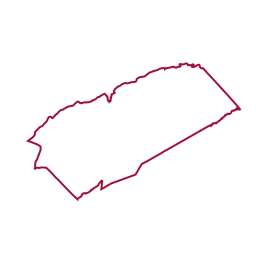 outline of Balaka, Balaka, Malawi, rotated 229°
{"feature_id": "42251766B20450933672567", "entity_name": "Balaka", "entity_type": "district", "adm_level": 2, "iso_a3": "MWI", "parent_name": "Malawi", "parent_adm1": "Balaka", "projection": "equal_earth", "projection_center": [35.125, -15.031], "detail": "fine", "context": "isolated", "style": "outline", "palette": "rose", "viewbox_px": 256, "rotation_deg": 229, "n_neighbors": 0, "source": "geoboundaries", "source_scale": "gbopen_adm2", "svg_char_len": 5819}
<svg xmlns="http://www.w3.org/2000/svg" viewBox="0 0 256 256"><g transform="rotate(229 128 128)"><path d="M183.8,44.0L182.2,45.0L181.0,45.6L180.4,46.0L178.9,46.7L177.8,47.4L176.9,47.8L176.2,48.2L175.5,48.6L174.8,48.8L174.1,49.1L172.1,49.7L171.6,49.7L171.1,49.6L170.7,49.3L170.3,48.9L169.6,48.4L168.8,47.7L165.4,41.4L163.6,38.0L163.6,37.2L163.0,36.1L162.3,35.1L161.5,34.0L161.1,33.8L160.5,33.2L159.5,32.6L159.2,32.2L158.9,31.5L158.5,31.0L158.2,31.1L158.1,32.0L158.1,32.3L158.0,32.6L157.5,33.5L156.9,34.2L156.2,34.6L155.9,35.1L155.5,35.8L154.9,36.9L154.1,38.0L152.9,39.0L151.6,40.3L145.3,40.8L138.0,41.0L135.3,41.3L128.8,41.6L121.1,42.0L120.1,42.0L115.1,42.3L107.4,43.1L107.5,43.2L107.7,43.4L107.5,44.0L107.6,44.3L107.6,45.2L107.5,45.4L107.2,46.3L107.2,46.9L107.0,47.4L107.1,47.7L107.1,48.0L107.4,48.8L107.6,48.9L108.0,49.3L108.1,49.9L108.0,50.1L108.0,50.4L108.0,51.0L107.8,51.7L107.3,52.6L106.9,52.8L106.4,52.9L106.2,53.5L106.0,54.0L105.8,54.5L105.4,55.6L105.2,56.1L105.2,57.4L105.1,58.6L105.0,59.2L105.1,59.7L105.5,59.9L105.3,60.3L105.1,60.7L104.9,61.2L104.9,61.9L104.9,62.6L105.0,62.8L105.0,63.5L104.6,64.4L104.6,65.0L104.2,66.8L104.2,67.3L104.3,67.8L104.7,68.8L105.1,70.0L105.6,73.4L104.9,73.8L101.5,70.1L99.3,67.8L99.0,69.4L98.5,70.9L98.5,71.8L97.9,75.1L97.2,78.8L93.7,87.9L91.0,95.0L89.2,99.6L87.9,103.1L91.8,114.8L90.2,121.4L88.6,129.8L87.1,137.0L87.0,138.3L84.6,149.9L78.2,182.0L76.7,189.5L76.5,190.6L76.2,191.5L75.5,191.7L75.3,191.8L75.1,192.4L75.1,192.7L75.1,193.0L75.4,193.1L75.6,193.1L75.8,193.2L75.7,193.4L75.5,193.6L75.3,193.9L75.4,194.2L75.7,194.6L75.8,194.9L75.8,195.2L75.6,195.4L74.6,196.4L74.6,196.7L74.7,196.9L74.6,197.2L74.1,197.2L73.7,197.6L73.7,197.9L73.7,198.2L73.9,199.7L73.8,200.3L73.5,201.5L73.4,202.1L73.5,202.7L73.7,203.3L73.7,203.6L73.3,204.4L73.3,204.7L73.4,204.9L73.8,205.4L73.9,205.6L73.8,205.9L73.5,206.5L73.5,206.8L73.5,207.7L73.7,208.7L73.9,209.2L74.0,209.5L74.0,209.8L73.4,210.0L73.4,210.3L73.5,211.6L73.4,212.5L73.3,212.8L73.1,213.0L72.9,213.1L72.7,213.1L72.4,213.1L72.3,213.3L72.0,213.9L71.8,214.8L71.8,215.1L71.9,215.7L72.5,217.1L72.7,218.0L72.6,218.3L72.5,218.5L72.0,218.8L71.8,218.9L71.7,219.2L71.5,219.4L71.5,219.7L71.6,220.4L71.5,220.6L71.1,221.0L70.9,221.3L70.9,221.6L71.5,222.6L71.6,222.9L71.3,223.4L71.1,223.6L70.5,223.1L70.3,223.1L69.8,223.2L69.4,223.5L68.7,224.4L67.9,224.8L75.9,225.0L86.3,224.8L88.7,224.8L93.9,224.6L111.9,224.2L115.5,224.0L124.0,223.8L124.2,223.6L124.2,223.3L124.5,222.9L125.1,222.4L125.6,222.3L126.6,222.3L127.1,222.4L128.2,223.1L128.8,223.2L129.3,223.0L129.7,222.2L130.0,221.4L130.2,219.7L130.6,218.5L131.1,217.4L131.6,216.7L132.0,216.5L132.3,216.5L132.5,216.7L132.6,217.3L132.3,218.1L132.3,218.5L132.3,218.8L132.5,219.0L133.2,219.0L133.4,218.8L133.7,218.1L133.8,217.8L133.8,217.2L133.9,216.7L134.2,216.3L134.7,216.0L135.2,215.9L135.4,215.7L135.8,214.9L135.9,214.6L136.1,214.4L136.6,214.5L137.0,214.7L137.5,214.8L138.0,214.8L138.4,214.5L138.5,214.3L138.8,213.7L139.1,213.2L139.3,212.3L139.6,211.7L140.0,211.0L140.4,210.5L141.0,210.2L141.3,210.1L142.0,209.3L142.2,209.0L142.2,208.7L141.9,208.4L141.7,208.4L140.7,208.5L140.5,208.3L140.3,208.1L140.2,207.8L140.2,207.5L140.5,207.0L141.6,205.3L141.8,204.2L142.0,203.8L142.4,203.4L143.2,203.1L143.7,203.0L144.1,202.8L144.5,202.4L144.8,201.9L145.7,200.3L146.7,198.1L147.1,197.7L147.4,197.0L147.6,196.4L147.9,196.1L148.1,195.8L148.3,195.3L148.3,194.8L148.8,195.3L150.2,193.7L151.1,192.4L151.5,191.6L151.8,190.8L152.5,188.2L153.1,186.7L153.7,185.7L153.9,185.5L154.7,183.0L154.9,182.4L155.2,181.9L155.7,180.4L155.8,179.3L155.9,178.4L155.9,175.2L156.0,174.6L156.2,174.1L156.4,173.5L157.0,172.9L157.6,172.0L158.2,171.0L158.7,169.9L158.9,169.3L159.2,167.4L159.2,167.0L159.0,166.4L158.7,166.0L158.4,165.7L158.1,165.0L158.0,164.4L158.2,163.8L158.3,163.5L158.5,163.0L159.5,161.9L160.4,160.3L161.1,158.9L161.4,158.1L161.7,157.5L162.0,157.0L162.5,156.4L163.2,155.9L163.8,155.4L164.2,154.6L164.6,153.2L165.0,152.0L165.2,148.9L165.5,148.4L165.8,147.5L166.0,146.5L165.8,146.0L165.9,145.1L165.9,143.8L165.7,143.3L165.5,142.1L165.2,141.6L164.7,141.2L164.3,141.0L164.0,140.9L163.3,141.1L163.2,140.9L163.7,139.2L164.2,137.9L163.7,137.3L163.7,137.0L163.5,136.9L163.2,136.9L162.9,136.4L162.4,135.7L162.4,135.4L162.5,135.1L162.4,134.8L161.9,134.9L161.7,134.7L161.4,134.2L160.8,133.5L160.8,132.9L160.6,132.9L160.3,133.0L159.9,132.7L160.0,130.9L160.3,130.9L161.0,131.1L161.5,131.0L162.5,131.1L163.1,131.7L164.2,132.2L164.8,132.6L165.0,132.6L165.2,132.8L165.2,133.1L165.5,133.2L166.2,132.9L166.6,133.0L167.8,132.8L168.8,132.8L169.0,132.9L169.3,132.3L169.8,130.7L170.2,128.8L170.2,128.5L170.2,127.3L170.2,126.9L170.3,126.7L170.8,126.0L171.0,125.4L171.1,124.8L171.1,123.2L171.0,122.6L171.4,121.1L171.8,120.3L172.1,119.4L172.1,119.1L171.9,119.0L171.9,118.7L172.3,117.5L172.8,116.4L173.1,115.9L173.4,115.1L173.5,114.8L174.1,114.2L174.5,113.4L174.9,113.1L175.4,112.4L175.9,112.2L176.0,112.0L176.7,110.2L177.2,109.5L177.5,108.7L178.4,108.3L178.8,108.0L179.1,107.9L179.5,108.0L180.0,108.0L180.3,108.0L180.7,107.7L180.8,107.4L181.1,106.9L181.1,106.6L181.2,105.7L181.2,104.4L181.0,102.6L181.0,101.6L181.2,100.6L181.3,100.3L181.8,99.9L182.3,98.8L183.3,96.9L183.8,95.8L183.9,95.2L184.1,93.6L184.4,92.8L184.6,90.9L184.8,90.4L185.2,89.8L185.5,88.9L185.6,88.6L185.7,87.0L185.6,86.3L185.5,85.4L185.3,84.1L185.3,83.6L185.4,82.7L185.4,81.4L185.0,78.8L184.9,78.1L185.0,77.5L185.6,77.2L186.6,77.2L186.9,77.1L187.2,77.0L187.4,76.8L188.0,75.8L188.1,75.6L188.1,75.2L188.0,74.6L187.9,74.3L186.8,72.1L186.2,70.0L186.2,69.1L186.2,68.1L186.1,67.7L186.0,66.8L185.9,66.2L185.7,65.2L185.7,64.9L185.8,64.2L186.4,62.5L186.5,61.6L186.5,60.9L186.1,57.9L186.1,56.0L185.9,55.5L185.5,54.7L185.0,54.0L184.5,53.7L184.1,53.3L184.0,53.1L183.8,52.5L183.6,51.6L183.5,48.4L183.6,47.1L183.7,46.5L183.8,45.6L183.8,44.0Z" fill="none" stroke="#9f1239" stroke-width="2"/></g></svg>